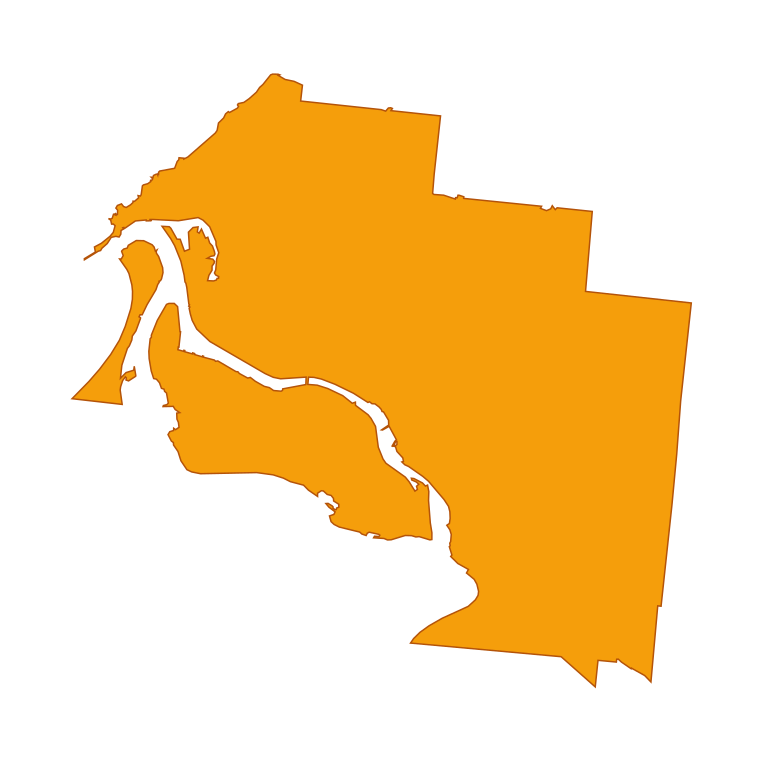 the district of Newcastle, New South Wales, Australia, rotated 176°
{"feature_id": "25037944B69528063359333", "entity_name": "Newcastle", "entity_type": "district", "adm_level": 2, "iso_a3": "AUS", "parent_name": "Australia", "parent_adm1": "New South Wales", "projection": "albers", "projection_center": [151.75, -32.876], "detail": "fine", "context": "isolated", "style": "filled", "palette": "amber", "viewbox_px": 768, "rotation_deg": 176, "n_neighbors": 0, "source": "geoboundaries", "source_scale": "gbopen_adm2", "svg_char_len": 6145}
<svg xmlns="http://www.w3.org/2000/svg" viewBox="0 0 768 768"><g transform="rotate(176 384 384)"><path d="M89.2,346.6L71.8,443.4L176.5,462.3L164.2,541.6L199.0,547.7L201.0,546.0L203.7,550.1L205.5,547.1L209.8,545.6L215.7,548.3L214.4,550.3L291.6,563.6L291.3,565.2L295.7,567.0L297.0,567.2L298.0,564.7L299.6,564.9L299.9,563.5L311.3,568.2L321.0,569.6L322.2,570.7L319.3,589.8L308.9,647.5L358.0,656.2L356.4,658.3L358.0,659.1L360.4,659.0L363.3,656.1L367.6,657.9L447.4,672.1L444.5,687.8L452.6,692.2L461.4,694.7L468.0,699.2L466.5,699.7L468.0,700.4L473.4,700.9L475.5,700.3L483.9,691.2L487.4,688.5L490.9,684.0L498.7,678.0L504.1,674.7L509.8,673.9L510.7,672.6L509.8,671.0L511.0,669.4L519.2,665.6L520.3,666.6L523.2,664.5L525.4,660.6L530.9,655.9L532.8,648.6L534.8,646.1L563.9,624.1L567.9,622.4L567.8,623.2L572.7,624.0L573.1,622.0L574.8,620.4L577.8,613.8L592.9,612.1L594.1,611.0L594.3,608.9L594.9,609.2L595.1,608.3L595.4,609.3L596.9,609.1L599.4,608.1L600.0,606.3L601.8,606.5L600.4,604.8L601.5,603.4L602.6,603.5L602.9,602.4L602.0,602.5L605.7,600.3L610.1,599.4L611.2,598.5L613.0,589.9L613.9,588.5L616.2,589.1L615.8,586.8L620.2,583.6L621.6,583.9L621.8,582.5L624.4,580.4L628.9,578.1L631.4,579.2L633.3,582.0L637.5,580.7L639.2,578.2L637.6,576.0L638.1,571.7L638.9,571.5L639.9,572.8L640.5,572.5L640.1,571.3L642.0,572.2L643.6,568.2L645.2,567.7L647.3,568.2L645.2,566.5L644.6,562.5L642.8,562.4L641.2,560.7L643.5,554.1L647.1,550.4L656.1,544.1L663.3,540.9L662.7,535.8L674.2,529.9L674.2,528.8L659.8,536.4L657.4,536.9L655.9,539.1L650.3,543.4L645.9,549.3L641.2,550.0L638.0,549.1L636.1,551.8L635.6,555.5L632.9,556.8L633.7,558.1L632.6,558.3L632.3,557.2L631.2,557.7L620.6,564.0L609.8,564.2L609.8,563.3L605.2,563.1L604.2,563.5L605.9,563.6L606.0,564.4L603.6,564.3L577.7,561.2L557.8,563.0L553.1,560.1L546.9,553.0L541.7,538.0L541.8,534.4L539.7,526.5L542.2,520.3L543.9,509.5L545.4,506.6L544.3,504.5L541.4,502.7L541.7,501.0L543.1,501.0L544.0,499.4L546.8,498.7L552.8,499.4L551.1,504.6L547.6,509.5L547.3,513.6L545.1,516.3L544.6,518.2L546.1,520.5L551.6,521.7L547.7,523.5L544.6,523.8L543.6,525.5L543.9,527.9L545.5,533.6L548.1,536.9L549.5,542.7L551.9,541.9L555.3,551.3L557.9,547.4L559.6,548.7L558.5,553.7L563.6,553.4L568.5,549.1L568.6,532.0L573.8,530.4L577.2,542.6L580.4,542.9L585.8,554.3L587.3,555.9L594.4,556.8L586.7,544.0L583.2,536.6L578.1,520.8L575.8,506.5L575.4,499.7L574.6,498.3L574.0,494.0L573.1,477.3L572.5,476.6L573.4,475.3L572.3,474.3L573.1,473.1L572.3,467.3L570.9,460.8L567.0,451.9L554.7,438.5L501.9,402.7L494.0,398.4L486.8,396.4L461.2,396.3L462.0,388.9L485.4,386.2L485.7,384.7L487.1,384.0L494.6,385.2L498.6,388.4L503.6,390.0L512.2,395.7L516.9,399.9L519.5,399.4L527.6,404.6L528.9,406.4L530.8,406.7L548.2,418.6L550.5,418.4L551.5,419.7L562.4,423.4L562.1,424.3L563.0,424.7L563.4,423.8L571.2,426.7L570.8,427.6L572.7,428.4L573.1,427.4L580.8,430.2L580.4,431.3L581.3,431.6L581.7,430.6L587.2,432.6L586.6,435.3L586.0,435.1L583.3,450.3L583.9,450.4L584.5,475.6L587.6,479.0L592.9,479.4L595.4,478.6L605.7,463.3L612.7,448.9L612.8,446.8L614.1,445.5L616.3,433.1L616.5,425.6L615.3,413.3L613.4,405.5L610.7,404.7L609.2,402.7L607.9,400.9L606.3,395.2L603.8,394.2L603.4,392.0L601.6,390.2L600.5,379.9L602.0,378.6L605.6,377.9L606.0,376.9L595.8,376.4L594.1,373.1L589.8,369.7L592.8,369.4L593.0,363.4L591.8,360.1L591.5,355.1L595.0,353.0L596.9,354.5L597.1,352.3L601.0,351.4L603.0,348.6L600.1,341.9L598.2,340.3L598.2,337.8L594.2,331.0L591.9,321.5L586.6,312.3L582.0,309.7L573.3,307.3L517.2,304.5L500.9,301.1L490.9,297.1L484.2,293.1L471.3,288.7L466.8,283.4L458.1,276.5L457.9,279.7L453.9,281.9L451.9,281.5L448.4,277.8L444.5,276.5L442.4,273.4L442.4,270.8L437.5,267.2L437.7,264.2L439.9,263.6L440.3,262.1L441.6,262.1L443.5,263.6L443.4,265.0L444.2,266.0L448.1,268.8L450.3,268.8L447.5,264.9L441.7,259.9L443.1,257.4L447.6,256.2L446.4,250.4L443.6,247.4L438.6,244.4L418.6,238.0L416.6,235.9L412.4,234.1L411.1,236.3L409.1,237.2L399.7,234.4L398.7,233.5L399.6,232.2L404.1,232.8L405.1,231.3L394.8,229.9L391.4,228.2L387.7,228.1L373.4,231.4L367.1,230.8L362.9,229.2L359.6,229.3L349.1,225.3L347.1,225.5L346.6,232.2L347.5,242.3L347.7,264.7L346.8,273.6L347.6,280.1L349.8,279.3L352.5,282.6L360.7,287.6L363.3,288.1L363.0,286.3L358.6,284.0L356.3,281.6L358.7,279.7L358.0,276.5L360.6,275.0L365.7,284.6L369.2,289.6L387.6,304.8L390.2,309.2L394.1,321.3L395.4,342.3L399.3,350.5L402.0,354.4L413.9,364.7L413.8,367.9L417.0,367.0L425.9,375.2L440.4,383.4L450.7,387.5L460.0,388.9L458.8,396.1L453.4,395.5L446.1,393.3L433.0,387.2L415.1,376.9L401.3,366.7L399.7,367.3L397.4,365.2L394.4,364.8L390.5,361.4L388.5,358.8L387.9,356.7L386.4,356.2L382.0,347.5L382.2,342.7L389.6,338.4L388.7,338.2L381.8,341.4L375.5,327.5L377.1,326.2L380.6,321.0L378.1,322.5L376.6,325.5L375.1,325.7L375.3,322.7L377.9,321.0L376.9,320.7L375.8,315.8L370.4,309.0L370.0,305.4L371.6,305.0L368.9,302.0L365.2,300.0L351.7,289.1L346.4,283.9L332.2,264.6L328.2,257.5L327.2,252.0L327.4,245.2L328.5,240.3L331.2,238.7L328.5,234.0L327.4,229.2L328.5,222.2L329.5,220.6L329.3,218.0L330.2,217.2L328.2,208.6L329.5,207.3L322.9,199.8L312.7,193.1L314.9,189.7L307.7,182.9L305.3,177.8L304.1,170.5L304.9,166.6L307.9,162.3L315.5,156.3L342.2,146.3L355.7,139.8L365.4,133.8L372.2,128.0L375.6,123.7L226.3,99.6L194.4,67.1L189.8,93.4L171.6,90.4L171.1,93.2L169.5,93.2L166.5,90.0L157.3,82.7L157.0,83.3L144.3,75.0L138.5,68.1L126.4,143.6L123.1,143.0L105.1,243.8L96.9,293.5L89.2,346.6ZM646.6,381.9L647.6,396.4L646.9,399.7L644.5,405.6L641.5,409.2L640.6,408.1L641.1,406.0L638.6,404.9L631.2,409.0L631.0,409.8L631.9,419.1L632.7,415.2L640.5,413.4L646.5,408.1L644.2,421.0L637.5,437.4L635.4,439.8L632.5,445.5L631.7,449.4L627.8,454.2L622.4,466.2L622.3,467.1L623.7,468.1L622.5,470.1L620.4,469.9L614.8,479.7L604.9,494.0L602.8,499.0L601.2,501.1L601.3,502.2L599.8,502.6L598.6,504.4L596.7,510.5L596.7,515.5L599.9,526.9L601.9,530.4L602.0,532.0L601.2,533.5L602.8,532.6L603.8,536.7L605.6,539.1L613.7,543.7L621.1,544.4L629.4,540.2L630.7,537.5L634.2,536.8L636.2,535.2L636.5,534.6L635.2,530.3L637.3,527.1L639.1,527.2L632.5,516.2L630.7,511.9L628.6,500.4L628.4,494.0L629.1,486.0L631.2,477.1L638.1,459.5L644.9,446.1L654.6,432.5L666.7,418.6L678.2,407.1L696.2,391.1L646.6,381.9Z" fill="#f59e0b" stroke="#b45309" stroke-width="1.5"/></g></svg>